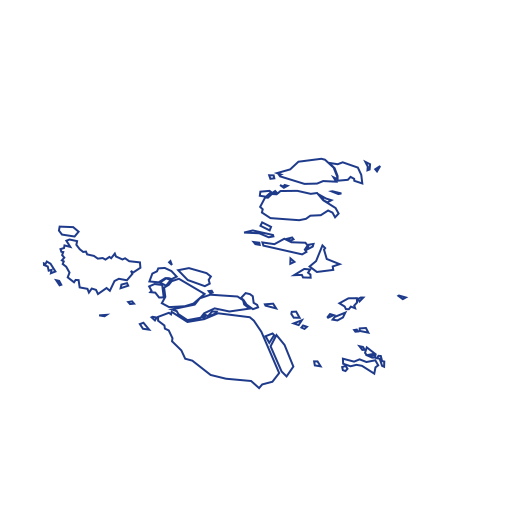 the district of Karimun, Kepulauan Riau, Indonesia, rotated 310°
{"feature_id": "22746128B38340908247842", "entity_name": "Karimun", "entity_type": "district", "adm_level": 2, "iso_a3": "IDN", "parent_name": "Indonesia", "parent_adm1": "Kepulauan Riau", "projection": "natural_earth1", "projection_center": [103.573, 0.836], "detail": "fine", "context": "isolated", "style": "outline", "palette": "blue", "viewbox_px": 512, "rotation_deg": 310, "n_neighbors": 0, "source": "geoboundaries", "source_scale": "gbopen_adm2", "svg_char_len": 6205}
<svg xmlns="http://www.w3.org/2000/svg" viewBox="0 0 512 512"><g transform="rotate(310 256 256)"><path d="M156.5,225.8L146.4,220.1L143.5,222.6L143.9,230.5L141.8,232.9L142.9,237.0L139.3,244.9L136.7,246.5L135.7,259.5L131.8,267.8L134.9,274.5L135.7,297.7L142.7,311.9L157.1,332.6L156.8,343.3L161.6,343.3L170.2,349.4L181.2,349.0L201.4,308.8L205.1,295.9L205.1,290.6L187.7,263.7L174.3,256.9L161.4,245.9L159.0,227.3L156.7,228.4L156.5,225.8ZM145.8,100.9L143.6,107.9L141.0,102.5L138.7,103.8L135.6,101.8L134.1,104.2L135.1,105.8L132.1,106.9L131.5,110.2L127.9,110.1L128.3,112.2L125.6,113.1L125.8,117.5L123.4,123.8L118.6,125.5L118.9,133.5L121.7,133.2L123.5,135.6L118.6,141.1L122.5,148.0L120.6,151.5L125.5,151.1L127.2,155.2L125.3,159.4L135.4,162.1L135.4,166.4L145.9,163.7L150.4,165.6L154.4,172.7L162.7,172.8L164.3,169.8L164.3,172.5L172.7,175.0L176.5,171.2L170.5,162.2L170.1,157.2L167.5,155.9L165.6,149.0L167.1,146.3L161.2,146.5L161.1,144.3L156.5,143.0L155.9,139.9L152.3,136.5L151.9,131.8L148.7,125.6L150.1,122.9L148.0,121.0L147.9,116.6L149.1,111.2L152.4,109.4L148.8,102.6L145.8,100.9ZM308.4,227.7L306.6,225.4L296.3,227.6L296.1,231.1L293.1,232.6L294.3,242.7L311.2,266.1L316.6,270.4L321.8,271.7L328.9,279.4L337.2,282.0L338.4,286.7L336.5,291.7L341.6,292.0L343.9,286.1L341.9,271.7L343.5,262.3L338.8,258.0L332.5,245.8L321.5,233.0L316.5,232.1L313.7,228.3L308.4,227.7ZM344.3,226.5L333.0,218.8L334.4,222.6L332.9,221.7L332.5,223.3L342.4,246.8L350.7,256.2L356.6,259.3L364.5,269.7L366.1,264.8L367.0,268.4L368.9,267.4L373.6,258.7L374.1,246.9L372.5,243.6L355.5,227.9L344.3,226.5ZM160.9,225.8L162.8,230.7L161.6,233.9L162.8,244.7L173.2,253.3L178.8,253.1L189.3,258.0L196.4,271.3L211.6,284.9L211.3,278.1L213.8,274.5L213.1,267.9L197.0,245.9L187.4,240.1L179.4,240.3L160.9,225.8ZM172.7,205.9L166.4,212.8L159.3,214.2L161.0,222.3L171.8,233.8L179.4,238.7L193.9,241.0L189.0,211.6L182.5,207.6L177.8,207.7L172.7,205.9ZM208.6,322.5L196.2,325.2L184.0,349.8L183.4,356.8L195.3,355.7L206.2,335.1L208.6,322.5ZM378.8,259.6L374.3,252.1L373.8,259.8L369.7,267.1L366.1,270.1L373.4,277.4L377.4,277.6L378.2,281.6L376.8,283.0L379.9,290.8L385.8,284.5L389.2,277.2L383.5,262.2L378.8,259.6ZM211.3,234.6L211.1,229.1L203.6,212.4L195.1,205.5L193.7,219.1L200.0,236.2L205.1,238.3L207.3,235.1L211.3,234.6ZM306.8,300.1L290.7,305.3L282.4,303.8L282.9,312.9L295.0,324.1L297.3,321.5L303.5,325.3L299.2,312.1L304.6,304.0L306.5,303.9L306.8,300.1ZM276.9,262.5L270.5,252.2L268.7,255.0L286.9,290.3L291.5,292.0L292.3,289.3L297.3,288.8L297.9,285.3L289.3,274.3L287.4,266.6L276.9,262.5ZM175.9,187.9L168.0,190.7L173.2,198.3L180.8,200.8L183.0,203.5L184.0,206.2L189.2,208.5L190.1,200.9L188.2,193.8L183.7,189.1L180.6,190.0L175.9,187.9ZM243.4,401.8L238.1,399.0L233.2,388.6L229.5,392.0L232.3,399.3L237.2,402.9L240.0,407.8L241.9,422.2L247.5,419.1L250.8,419.9L252.8,414.4L245.8,408.8L243.4,401.8ZM152.3,86.7L148.8,88.7L147.7,93.6L154.3,104.5L160.6,104.5L160.6,97.4L152.3,86.7ZM220.9,271.9L214.2,271.5L214.3,274.6L212.7,280.1L213.3,287.8L218.0,290.6L219.3,288.3L218.6,284.3L223.1,279.4L222.9,275.9L220.9,271.9ZM164.0,193.7L162.2,198.3L160.4,198.3L163.2,202.4L161.9,208.5L165.0,211.9L173.5,202.8L169.3,196.3L164.0,193.7ZM283.0,354.0L273.4,350.3L274.3,356.4L273.1,359.0L274.9,361.3L278.2,361.2L279.7,365.5L281.2,363.1L285.3,363.3L288.5,360.4L283.0,354.0ZM277.1,301.3L265.8,297.5L271.0,303.3L269.8,305.8L274.5,311.8L276.8,309.6L276.7,306.6L280.5,306.2L277.1,301.3ZM114.0,98.3L112.8,99.4L114.1,103.2L111.5,106.6L113.9,108.3L111.0,110.0L115.2,112.3L118.0,103.6L117.3,99.3L114.5,99.9L114.0,98.3ZM308.1,218.0L304.6,220.2L307.8,225.5L314.7,226.5L314.6,224.5L308.1,218.0ZM260.0,355.5L256.5,355.6L259.0,359.8L264.8,362.1L270.0,360.8L260.0,355.5ZM283.0,255.5L273.5,237.1L266.3,231.8L275.5,243.9L278.5,253.7L282.2,256.7L283.0,255.5ZM173.9,199.5L175.5,206.2L182.9,206.1L181.1,201.6L173.9,199.5ZM257.6,409.8L257.2,399.6L251.9,401.8L251.2,404.6L257.6,409.8ZM236.7,329.1L239.2,322.5L236.2,319.3L234.3,320.3L233.0,324.5L236.7,329.1ZM207.3,318.5L200.7,314.9L198.0,322.0L207.0,320.8L207.3,318.5ZM285.7,239.1L282.0,240.0L284.4,250.0L288.0,248.8L285.7,239.1ZM267.2,382.0L265.2,383.5L269.5,391.3L271.5,386.5L267.2,382.0ZM132.5,212.7L129.2,210.8L127.6,216.2L130.9,221.5L132.5,212.7ZM236.2,332.4L228.6,328.2L230.5,333.1L236.2,332.4ZM228.8,305.1L230.5,299.8L224.7,293.9L224.1,295.2L228.8,305.1ZM152.3,174.6L147.6,171.3L144.3,173.0L151.1,177.2L152.3,174.6ZM347.2,277.9L345.0,272.6L344.0,267.2L342.1,272.2L343.0,276.2L347.2,277.9ZM188.1,261.6L185.2,258.0L178.1,257.9L185.6,261.8L188.1,261.6ZM302.2,292.3L298.6,289.2L293.9,291.0L299.7,293.4L302.2,292.3ZM399.6,284.4L398.4,279.3L396.3,284.2L393.3,286.3L395.3,287.4L399.6,284.4ZM214.8,370.9L212.6,368.3L210.0,371.4L213.0,376.4L214.8,370.9ZM229.4,395.3L226.3,393.4L224.4,395.9L225.4,398.5L228.4,398.6L229.4,395.3ZM255.7,418.6L252.9,423.2L253.5,425.3L257.6,422.1L255.7,418.6ZM276.2,289.2L276.3,284.0L272.1,287.3L276.2,289.2ZM288.6,361.7L287.7,364.5L293.1,364.9L291.6,363.0L288.6,361.7ZM254.8,412.5L256.8,411.2L251.7,406.4L252.8,410.3L254.8,412.5ZM234.5,340.5L233.0,336.7L230.4,336.8L231.3,340.0L234.5,340.5ZM358.8,281.2L354.7,272.9L354.1,272.4L356.4,279.3L358.8,281.2ZM258.3,414.0L255.4,414.3L257.8,418.4L259.6,415.9L258.3,414.0ZM404.7,293.3L399.1,291.6L398.6,294.3L404.7,293.3ZM138.6,187.7L138.2,190.4L141.1,193.2L141.6,190.2L138.6,187.7ZM108.8,125.3L110.4,121.2L109.0,118.5L107.3,124.4L108.8,125.3ZM259.1,350.0L255.3,350.1L255.1,350.9L260.6,353.5L259.1,350.0ZM329.1,217.7L326.3,214.2L324.4,217.4L327.3,220.1L329.1,217.7ZM254.0,399.5L255.1,396.4L253.4,393.2L252.4,397.8L254.0,399.5ZM289.8,269.2L290.1,272.7L292.9,274.0L293.4,271.8L289.8,269.2ZM266.9,251.7L268.3,250.0L265.2,245.2L264.7,247.9L266.9,251.7ZM320.5,397.4L317.6,390.9L317.0,390.7L317.3,396.2L320.5,397.4ZM145.1,219.5L142.9,215.8L141.9,215.4L141.7,220.0L145.1,219.5ZM318.1,228.9L314.4,227.9L317.8,231.6L318.1,228.9ZM325.8,228.8L326.2,233.5L330.0,235.0L328.8,232.3L326.7,232.2L325.8,228.8ZM174.1,255.1L178.7,256.4L178.1,254.4L174.1,255.1ZM200.2,246.2L200.9,244.4L198.7,242.3L198.1,244.8L200.2,246.2ZM195.1,197.3L197.1,193.7L195.3,193.5L195.1,197.3ZM263.7,382.6L264.4,380.5L262.4,378.8L261.9,380.8L263.7,382.6ZM114.9,179.4L109.7,174.0L112.5,178.7L114.9,179.4Z" fill="none" stroke="#1e3a8a" stroke-width="2"/></g></svg>